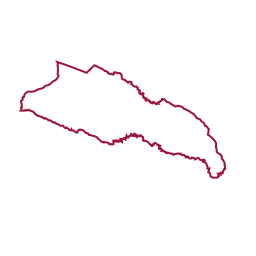 Flores de Goiás, Goiás, Brazil (Equal Earth projection), rotated 127°
{"feature_id": "56859067B75691575260014", "entity_name": "Flores de Goiás", "entity_type": "district", "adm_level": 2, "iso_a3": "BRA", "parent_name": "Brazil", "parent_adm1": "Goiás", "projection": "equal_earth", "projection_center": [-46.897, -14.586], "detail": "fine", "context": "isolated", "style": "outline", "palette": "rose", "viewbox_px": 256, "rotation_deg": 127, "n_neighbors": 0, "source": "geoboundaries", "source_scale": "gbopen_adm2", "svg_char_len": 5836}
<svg xmlns="http://www.w3.org/2000/svg" viewBox="0 0 256 256"><g transform="rotate(127 128 128)"><path d="M178.6,224.1L177.7,223.0L177.0,221.7L175.8,220.4L175.3,220.6L174.5,219.2L173.4,218.6L173.2,218.0L173.1,216.7L172.1,213.7L172.2,211.2L172.7,210.8L172.7,208.8L172.4,208.3L172.5,207.4L171.5,204.5L170.8,203.4L171.1,202.7L171.0,201.2L170.5,201.1L170.2,200.6L170.5,200.0L169.6,199.1L169.6,197.5L169.5,196.8L169.8,196.3L169.1,195.7L169.1,194.8L168.6,194.3L168.5,193.5L168.7,192.1L168.5,190.9L167.9,190.7L167.6,189.8L167.9,188.8L167.6,188.0L167.7,187.2L167.2,186.4L167.1,185.0L166.4,182.4L165.4,181.6L165.4,180.9L166.0,178.7L165.5,177.8L164.7,177.6L164.7,176.0L164.5,175.3L164.8,173.3L164.4,172.3L163.2,172.4L163.6,171.9L163.4,170.8L162.9,170.1L162.7,168.8L162.9,167.9L162.6,166.5L162.1,165.7L161.3,166.3L159.8,166.3L158.5,165.9L158.2,165.0L157.7,164.8L157.5,163.9L157.0,162.9L156.9,161.5L157.2,160.8L157.2,158.2L156.8,157.9L156.3,156.3L157.0,154.8L156.0,153.2L155.2,150.8L154.6,149.7L154.3,147.7L154.0,146.9L154.5,145.2L154.9,140.4L154.3,139.8L154.2,138.8L153.6,138.8L153.2,137.4L152.2,136.3L151.7,134.7L151.9,133.6L152.3,133.2L152.0,132.7L151.5,132.6L150.6,130.6L149.5,129.9L149.1,130.5L148.4,130.8L147.7,130.7L147.7,131.6L147.0,132.1L146.4,131.6L146.7,130.3L146.0,129.9L145.5,130.5L144.9,130.0L144.6,129.2L145.1,129.2L145.5,128.5L144.9,128.3L144.7,127.5L144.1,127.8L144.0,127.1L143.7,126.6L143.3,126.4L142.9,126.7L143.0,125.9L142.8,124.3L141.5,125.6L140.9,127.1L138.9,124.0L138.8,123.0L138.2,123.4L138.2,124.0L138.0,124.6L137.5,124.0L137.3,123.3L136.5,123.3L135.6,123.7L134.8,122.2L134.5,122.6L132.7,121.3L131.9,121.7L131.8,120.8L131.4,120.7L130.9,121.2L130.9,120.5L131.6,119.9L131.2,119.1L131.0,119.8L130.4,119.5L129.8,119.6L129.7,118.8L129.3,119.0L129.6,118.1L129.2,117.4L128.5,117.8L128.4,117.2L129.8,116.4L129.9,115.6L129.2,115.9L128.9,115.2L128.4,114.9L127.9,115.1L127.7,113.8L126.1,113.5L126.3,112.8L126.7,112.5L126.2,110.6L126.8,109.8L127.9,109.4L128.2,108.2L128.9,108.3L128.9,107.7L127.8,106.4L127.2,103.9L127.4,102.5L127.7,101.9L127.6,99.3L128.2,99.0L127.9,97.9L126.7,98.2L126.3,97.4L125.3,98.1L124.9,97.5L123.6,97.5L123.3,96.0L123.7,94.9L123.8,94.0L123.5,92.2L123.6,91.5L124.9,90.7L125.5,90.6L125.4,91.2L125.8,91.0L126.0,90.4L125.5,89.7L125.2,89.0L124.7,89.0L124.6,88.4L124.9,87.7L126.0,87.5L125.3,86.8L125.4,86.0L124.9,85.7L124.7,85.1L124.5,83.6L125.0,83.5L124.7,81.7L123.6,81.3L123.4,79.9L122.4,78.5L122.4,77.9L121.9,77.0L122.2,76.5L122.0,75.5L121.2,75.4L119.6,73.7L118.6,73.2L118.1,72.5L117.7,71.2L117.0,70.9L116.6,70.3L117.2,68.9L116.9,68.3L116.0,67.5L115.9,66.9L115.9,65.6L116.5,64.8L116.7,64.0L116.1,63.5L115.7,64.3L115.1,63.6L114.7,62.9L115.5,61.7L115.2,61.0L114.9,59.7L114.3,59.3L113.0,59.1L112.3,57.0L112.4,56.3L112.8,55.7L110.1,54.4L109.6,53.6L109.6,52.9L110.0,52.0L110.0,51.3L109.3,49.6L107.7,48.6L107.6,47.5L108.1,46.8L108.7,46.8L109.1,48.3L109.8,48.0L109.9,47.4L109.2,45.7L109.1,44.6L109.3,43.9L110.2,43.0L111.0,41.2L112.5,40.2L112.5,39.5L111.4,38.6L112.6,38.2L113.2,37.7L114.8,37.6L115.1,37.1L114.7,35.8L115.9,33.9L116.7,33.1L117.0,32.3L117.0,31.7L115.9,29.4L114.3,27.3L113.6,27.0L113.1,26.5L112.0,26.3L111.2,27.6L110.8,27.4L109.8,26.3L109.8,27.8L109.4,27.2L108.7,27.0L108.0,27.2L107.5,26.7L107.6,25.9L107.2,25.1L105.2,26.3L104.5,26.0L103.6,26.4L103.1,26.4L102.7,26.0L102.4,26.5L101.7,26.2L100.2,27.9L99.5,28.1L98.9,29.1L98.4,29.2L97.2,30.8L96.9,31.8L96.2,33.3L96.1,34.6L94.4,36.1L93.6,37.2L93.8,41.7L93.4,43.0L91.8,44.3L90.5,46.1L87.7,48.0L86.8,49.1L86.2,50.6L85.6,52.8L85.1,58.5L85.3,60.1L80.3,62.8L79.3,67.2L79.8,67.7L79.6,68.5L79.0,69.0L78.6,69.5L78.4,70.1L78.5,73.4L77.7,75.7L78.4,77.6L78.4,79.0L78.7,79.6L78.0,80.9L77.4,83.5L77.4,84.3L77.6,85.0L77.5,85.8L77.7,87.1L77.8,89.4L77.7,90.3L78.2,91.3L78.4,93.4L78.9,94.3L78.9,95.4L78.5,97.5L79.1,99.0L79.6,99.6L79.6,100.5L80.1,101.3L82.4,103.2L82.5,105.2L82.7,107.2L83.0,107.9L82.9,108.9L82.9,109.9L83.2,111.7L83.6,112.5L83.8,113.6L83.3,114.9L83.5,116.0L83.3,116.6L83.9,117.1L84.4,118.1L84.9,117.6L86.2,117.8L87.5,118.5L87.9,118.3L88.7,119.0L89.4,119.0L89.8,119.5L90.1,119.0L90.3,118.2L91.5,119.7L92.2,120.0L92.0,121.4L91.6,121.8L91.9,123.4L92.4,123.6L92.9,123.3L93.1,124.0L93.8,123.8L93.7,124.9L94.1,125.3L93.9,126.7L93.6,126.2L93.0,127.5L93.9,129.0L95.4,130.0L94.7,131.4L94.2,130.5L93.3,130.8L93.8,131.8L93.7,132.4L94.4,132.7L94.5,133.3L94.3,134.0L93.7,133.9L93.5,135.1L93.0,135.3L92.4,135.9L91.2,136.2L91.1,136.8L91.5,137.5L92.4,136.8L93.2,137.5L93.5,138.4L93.3,140.0L92.8,140.7L92.0,140.3L91.6,141.0L91.1,140.9L90.8,141.4L91.4,143.6L90.2,144.2L89.8,144.7L90.1,145.2L89.8,146.4L90.6,146.9L91.0,147.7L91.1,150.2L90.8,151.0L90.9,151.8L90.5,151.7L89.4,152.7L89.9,154.5L91.2,155.5L91.6,155.1L91.9,155.5L91.7,156.3L91.7,157.1L91.4,158.0L91.7,158.5L91.4,159.5L91.8,160.0L92.3,161.9L91.1,163.8L90.0,164.5L89.4,165.2L89.1,166.0L89.1,167.6L89.8,168.6L90.3,168.8L90.6,170.5L91.2,171.3L91.7,172.5L92.7,172.3L93.5,171.7L94.1,171.8L94.0,172.5L94.4,172.8L94.7,173.6L95.4,174.1L96.1,176.4L96.2,177.3L95.6,177.6L95.6,179.1L95.8,180.0L96.2,180.3L96.5,180.9L96.2,183.0L97.0,187.4L97.4,188.5L97.3,189.2L97.6,189.7L97.5,190.5L98.2,192.6L108.8,194.3L114.4,213.6L117.9,224.3L118.5,223.0L118.9,222.6L120.4,222.0L122.5,219.8L124.9,218.1L127.1,216.8L127.5,216.3L127.8,215.2L128.3,214.7L130.1,214.5L132.3,214.5L133.7,214.8L135.0,215.6L136.4,216.1L139.6,216.6L141.7,217.5L144.0,219.3L144.9,219.6L146.0,219.6L148.0,220.5L151.9,223.4L152.7,223.9L154.2,224.3L155.0,224.8L156.6,226.4L158.7,229.3L159.4,229.9L161.0,230.5L163.2,230.9L165.8,229.8L166.5,230.4L167.2,230.6L167.9,229.7L169.1,229.2L169.9,229.3L170.3,229.6L170.8,229.7L171.8,228.9L172.5,227.7L174.7,225.7L175.2,226.0L175.7,225.9L176.0,225.1L176.9,224.8L177.6,224.1L178.6,224.1ZM123.5,92.2L123.0,92.6L122.9,91.9L123.5,92.2ZM135.6,123.7L135.6,124.3L135.1,124.5L135.6,123.7Z" fill="none" stroke="#9f1239" stroke-width="2"/></g></svg>